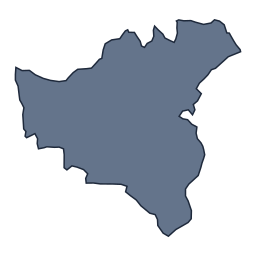 outline of Stroumpi, Paphos, Cyprus
{"feature_id": "46923920B38584843401595", "entity_name": "Stroumpi", "entity_type": "district", "adm_level": 2, "iso_a3": "CYP", "parent_name": "Cyprus", "parent_adm1": "Paphos", "projection": "robinson", "projection_center": [32.477, 34.887], "detail": "fine", "context": "isolated", "style": "filled", "palette": "slate", "viewbox_px": 256, "rotation_deg": 0, "n_neighbors": 0, "source": "geoboundaries", "source_scale": "gbopen_adm2", "svg_char_len": 1786}
<svg xmlns="http://www.w3.org/2000/svg" viewBox="0 0 256 256"><path d="M125.4,30.9L122.8,34.3L119.8,38.7L111.7,39.9L105.2,43.8L103.2,49.9L101.8,58.4L99.4,59.3L95.7,63.5L91.5,68.1L86.6,68.7L77.7,69.3L73.2,72.6L68.3,77.8L66.1,80.6L59.1,81.6L50.5,80.4L43.3,78.4L35.3,74.8L29.4,70.4L22.1,70.6L15.9,67.4L15.4,74.4L15.4,80.1L18.1,86.2L19.3,96.3L19.8,100.0L21.8,103.5L23.9,107.7L22.8,114.6L23.2,120.6L23.7,128.9L25.9,131.5L25.1,136.2L26.6,137.7L31.4,135.4L34.9,133.6L37.6,138.7L37.2,143.6L38.5,148.8L44.1,147.7L46.8,146.8L54.6,147.3L59.1,147.1L63.5,148.8L64.2,154.6L64.1,167.7L66.9,169.9L71.9,165.9L77.0,167.1L83.6,169.6L87.7,173.8L85.7,178.4L86.2,183.1L93.4,183.0L100.2,183.9L113.0,184.0L121.1,184.3L127.0,186.3L125.6,191.8L130.6,195.8L136.3,200.0L140.9,205.8L149.8,213.2L155.2,214.6L157.5,219.5L157.8,225.5L160.8,229.8L163.2,233.2L168.4,236.2L175.9,229.5L188.1,222.5L189.5,220.8L191.2,218.8L191.4,210.6L188.1,200.9L185.5,196.0L185.5,189.0L188.8,184.1L198.2,175.5L200.8,167.6L202.0,163.0L203.5,158.8L204.7,154.8L203.7,149.7L202.8,146.3L201.0,142.9L197.4,138.7L196.1,133.2L196.9,127.0L191.7,124.2L187.6,119.7L182.8,118.8L179.1,116.3L182.6,111.1L188.3,109.8L192.5,114.8L194.9,109.8L193.3,104.5L197.5,100.9L201.3,93.7L196.3,88.7L199.4,83.1L204.0,78.9L207.9,74.8L211.4,69.7L215.5,68.3L228.3,56.7L240.6,51.7L240.1,49.6L236.1,44.8L233.8,41.1L230.3,35.0L229.3,33.1L226.8,32.9L224.2,24.8L219.5,21.1L214.5,19.8L211.0,23.0L203.6,24.4L195.5,22.2L190.8,20.6L183.8,20.8L178.7,19.9L176.4,21.0L177.2,22.3L176.9,28.0L177.4,33.1L175.8,39.0L174.1,42.4L170.3,40.7L164.9,38.0L162.9,34.2L158.1,29.8L154.6,26.1L153.4,30.2L153.8,36.3L151.8,41.0L147.2,43.4L144.5,47.4L141.5,46.0L140.2,41.3L136.8,36.3L134.4,32.4L132.7,32.4L128.8,32.3L127.7,29.8L125.4,30.9Z" fill="#64748b" stroke="#1e293b" stroke-width="1.5"/></svg>